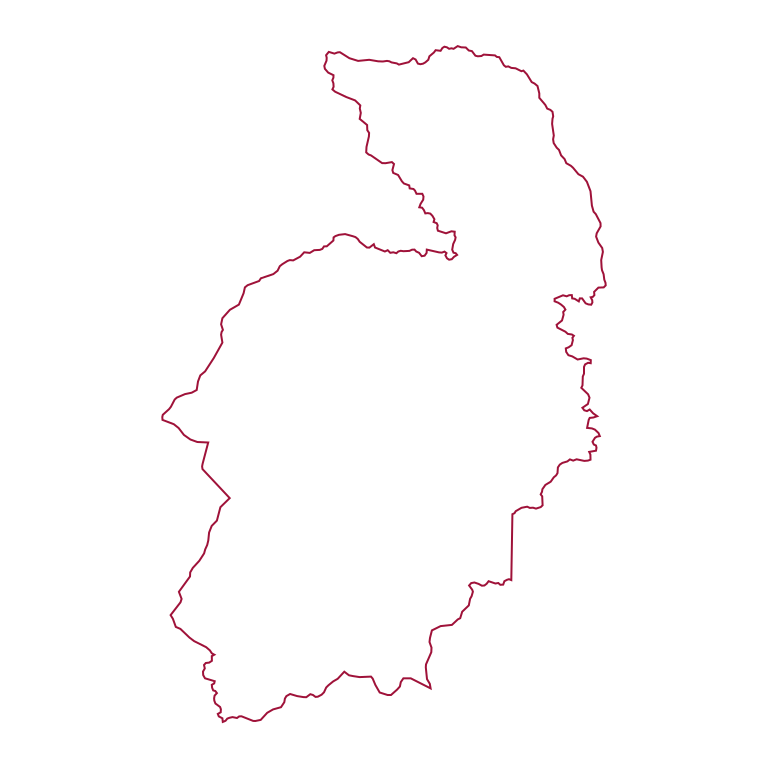 São Gabriel do Oeste, Mato Grosso do Sul, Brazil
{"feature_id": "56859067B2444555609749", "entity_name": "São Gabriel do Oeste", "entity_type": "district", "adm_level": 2, "iso_a3": "BRA", "parent_name": "Brazil", "parent_adm1": "Mato Grosso do Sul", "projection": "mercator", "projection_center": [-54.463, -19.151], "detail": "fine", "context": "isolated", "style": "outline", "palette": "rose", "viewbox_px": 768, "rotation_deg": 0, "n_neighbors": 0, "source": "geoboundaries", "source_scale": "gbopen_adm2", "svg_char_len": 6044}
<svg xmlns="http://www.w3.org/2000/svg" viewBox="0 0 768 768"><path d="M430.6,688.4L429.8,683.8L427.0,679.1L425.8,667.3L426.0,664.4L431.3,652.2L431.5,647.6L429.5,642.0L430.0,637.9L431.9,630.4L440.6,626.1L451.9,624.9L457.8,619.4L460.2,618.2L462.2,611.7L468.8,605.4L470.1,598.8L471.6,596.2L472.9,591.7L472.2,589.7L469.1,585.5L471.2,583.1L474.4,582.5L478.6,583.9L481.9,585.7L484.4,585.5L486.6,583.8L488.6,581.2L495.4,583.5L498.3,583.0L500.3,584.8L503.2,584.6L504.4,581.2L507.0,579.8L509.0,579.2L511.3,580.1L512.4,514.2L514.5,513.2L515.7,511.2L521.5,507.8L527.2,506.7L529.8,507.9L533.0,507.7L536.0,508.6L540.7,507.1L542.6,505.3L542.2,496.3L540.7,494.4L542.0,491.8L542.4,489.2L545.4,484.9L550.7,481.7L553.8,477.3L556.1,475.4L557.5,473.1L557.9,467.4L559.8,464.6L562.4,462.9L567.4,461.4L569.9,459.4L573.2,460.6L576.6,459.3L584.3,460.9L587.9,460.6L590.5,459.7L590.4,454.6L589.2,451.9L596.0,450.7L596.5,447.7L596.0,445.5L593.8,444.5L592.5,441.8L595.0,437.8L597.0,436.6L599.8,436.1L598.5,433.0L594.9,429.6L591.9,428.4L587.1,427.9L588.7,419.9L589.7,417.9L593.4,417.5L597.2,416.2L593.1,413.3L589.7,409.5L587.0,411.1L584.3,410.3L582.4,407.8L587.9,404.0L589.5,397.7L588.1,394.3L581.3,387.8L582.5,385.4L582.8,376.5L584.0,373.7L584.0,366.9L585.1,364.4L588.1,362.8L590.7,363.2L590.8,360.1L586.7,358.6L583.6,358.3L577.6,359.5L572.3,356.4L568.4,355.2L566.2,351.9L565.8,348.4L568.6,347.3L571.6,345.2L572.9,340.1L572.4,337.8L573.9,335.8L571.9,334.5L567.8,333.9L565.4,331.7L557.4,327.6L556.6,324.8L562.0,320.5L563.6,314.7L563.2,312.0L565.4,309.6L563.9,307.0L561.1,304.6L558.2,302.7L554.6,301.3L554.6,298.8L563.0,295.3L566.7,296.3L569.2,295.2L571.8,295.1L572.2,298.4L574.7,298.8L578.8,301.4L579.8,298.4L582.1,298.4L585.6,303.3L588.3,304.4L591.2,304.7L592.4,302.5L592.2,300.2L590.7,297.3L592.8,296.9L594.4,295.1L594.1,291.9L598.4,287.6L603.7,287.4L605.7,285.4L605.5,282.8L604.3,279.7L603.6,274.2L602.0,270.2L601.6,267.4L601.2,260.0L602.9,251.9L602.2,248.0L598.4,242.6L596.1,236.6L596.7,233.3L600.6,226.4L600.5,223.1L595.8,214.1L593.6,211.7L591.9,205.6L590.5,191.2L586.9,181.8L583.0,176.7L578.4,174.2L573.0,167.7L570.9,165.8L566.3,163.2L564.6,159.1L561.1,155.4L559.0,149.9L556.7,147.7L553.7,143.1L553.1,139.3L553.8,135.5L552.1,123.9L552.5,118.8L553.2,116.3L552.5,111.8L550.4,109.9L547.2,108.6L545.3,104.9L539.3,97.8L539.3,93.4L537.5,86.0L534.5,83.5L531.7,82.1L526.9,74.3L523.4,70.6L521.4,71.2L515.6,68.3L511.3,67.9L508.3,66.4L505.8,66.8L503.9,65.3L499.3,57.2L496.8,56.9L495.0,55.4L483.7,54.6L481.4,56.0L477.8,56.3L475.4,55.7L471.9,51.1L468.8,50.5L465.8,47.5L461.2,47.3L457.7,46.1L453.6,48.8L451.4,48.3L449.1,48.8L446.9,47.3L444.4,46.7L442.4,48.0L440.6,50.8L435.6,50.2L433.9,52.5L429.4,56.3L428.3,59.8L425.3,62.4L423.0,63.7L420.3,64.2L417.9,63.6L415.6,59.5L413.0,58.2L408.7,62.2L398.9,64.6L396.8,63.4L391.5,62.4L389.4,61.3L387.0,60.9L382.8,61.5L378.1,61.3L369.2,59.8L358.1,60.9L349.4,58.2L339.9,52.2L337.7,52.4L334.4,53.6L328.8,51.9L326.1,55.2L326.7,57.8L326.5,60.7L324.3,65.9L324.9,68.8L328.2,72.6L333.5,75.2L333.4,77.7L332.3,80.3L333.4,83.3L333.6,86.8L332.4,89.4L335.1,91.7L346.2,97.0L355.1,100.4L360.3,105.4L359.8,108.5L360.8,112.9L359.7,118.9L367.1,125.0L367.3,130.2L369.1,132.9L368.9,136.5L366.5,146.9L366.2,152.4L368.6,154.5L371.0,155.4L382.1,163.1L385.5,163.2L391.9,162.1L394.0,164.0L392.4,170.1L393.2,172.9L398.1,175.0L401.9,181.3L403.9,183.5L409.2,185.4L409.7,188.4L413.5,189.0L415.0,190.6L416.5,193.8L422.3,193.8L423.5,196.5L423.2,199.7L420.6,203.8L419.3,207.3L422.1,207.7L423.9,210.1L425.3,213.4L427.8,213.1L430.3,213.6L432.4,215.8L434.4,219.2L433.6,222.0L436.7,223.2L437.7,225.3L437.2,228.0L437.9,230.7L446.0,233.3L451.4,231.3L454.7,231.7L454.5,235.3L455.6,237.3L455.1,239.9L453.2,244.0L452.2,249.7L453.5,252.7L455.7,253.2L457.1,254.9L454.0,256.8L451.8,259.2L449.1,259.7L447.0,258.3L445.4,255.4L446.5,253.1L444.5,251.6L441.9,252.6L439.1,252.4L426.8,249.6L426.6,252.9L424.6,255.7L421.7,256.2L419.1,252.8L416.2,251.5L414.5,249.6L412.0,249.7L409.4,250.9L403.5,251.2L400.7,250.8L398.3,251.5L396.4,253.2L393.3,252.3L390.3,252.8L387.7,250.2L384.9,251.5L375.0,247.5L373.8,244.2L369.4,247.6L366.9,247.5L359.7,241.8L357.8,239.0L355.5,237.1L352.8,236.2L345.1,234.1L339.0,234.8L335.4,236.1L333.6,237.4L333.4,240.5L326.8,246.3L324.0,246.4L322.3,248.9L319.8,249.9L314.2,250.2L309.8,252.9L304.2,252.3L300.1,256.7L293.2,260.4L289.8,260.1L287.4,261.0L282.3,264.2L279.8,266.2L277.6,270.7L273.3,274.1L260.9,278.3L259.1,281.0L247.6,285.2L244.9,287.4L243.6,293.2L238.9,304.6L229.9,309.8L222.4,318.2L221.1,324.3L222.9,329.9L221.6,332.0L221.1,334.7L222.4,342.6L213.8,358.0L205.1,371.4L200.3,375.4L198.0,381.5L196.7,390.0L191.7,392.7L185.0,394.1L176.8,397.6L174.7,399.5L170.9,406.8L169.1,409.1L162.8,414.8L162.3,417.0L162.5,419.9L173.8,424.2L178.6,428.0L183.9,434.9L190.4,439.5L197.3,442.0L208.2,442.5L202.6,463.8L202.1,466.4L202.5,469.1L229.7,498.1L220.4,507.2L216.9,520.6L211.7,525.9L209.1,532.5L208.3,540.4L207.2,545.0L205.2,549.4L204.1,553.4L199.3,560.8L192.8,567.9L190.2,572.4L190.0,576.5L178.9,591.8L181.6,598.9L180.5,602.3L170.6,615.1L172.9,618.8L175.8,626.9L180.4,628.9L189.5,637.6L194.1,641.1L206.2,647.2L209.9,650.4L211.8,653.3L214.3,654.7L211.8,656.1L211.9,660.8L209.2,662.6L205.8,663.0L204.0,665.0L204.8,668.4L203.0,671.6L203.2,675.1L205.0,678.3L214.7,681.2L214.2,683.4L211.8,684.8L212.1,687.7L213.2,690.4L215.3,691.0L216.9,693.1L214.6,695.6L214.1,698.3L214.3,700.6L215.4,703.5L220.1,707.0L220.9,709.3L220.7,712.3L217.8,713.9L218.8,716.4L222.4,718.3L222.8,721.9L225.5,720.8L227.3,718.6L229.4,717.8L232.5,717.1L237.0,718.0L239.2,716.4L241.5,716.3L253.1,720.9L255.3,721.0L260.7,719.9L267.2,712.8L273.1,709.4L281.0,707.2L284.3,702.2L284.9,698.6L286.4,696.1L290.1,694.0L297.2,696.1L303.5,697.1L306.3,697.2L310.3,694.2L313.0,695.0L315.5,696.9L317.8,696.7L321.6,694.7L324.0,692.3L326.2,687.5L328.4,685.3L333.2,681.4L337.7,678.8L344.3,671.7L349.0,675.3L353.1,676.1L359.6,677.1L371.0,676.6L372.7,678.6L375.4,685.0L379.7,692.5L387.6,695.0L391.0,695.0L397.1,689.6L399.9,686.5L400.8,682.1L403.4,678.3L410.7,678.3L430.6,688.4Z" fill="none" stroke="#9f1239" stroke-width="2"/></svg>